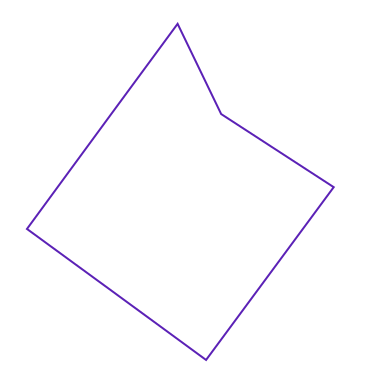 Paso de los Indios, Chubut, Argentina (Albers equal-area conic projection), rotated 126°
{"feature_id": "61730980B85851407891039", "entity_name": "Paso de los Indios", "entity_type": "district", "adm_level": 2, "iso_a3": "ARG", "parent_name": "Argentina", "parent_adm1": "Chubut", "projection": "albers", "projection_center": [-68.882, -44.01], "detail": "fine", "context": "isolated", "style": "outline", "palette": "violet", "viewbox_px": 384, "rotation_deg": 126, "n_neighbors": 0, "source": "geoboundaries", "source_scale": "gbopen_adm2", "svg_char_len": 316}
<svg xmlns="http://www.w3.org/2000/svg" viewBox="0 0 384 384"><g transform="rotate(126 192 192)"><path d="M64.4,302.5L98.6,302.7L163.5,303.1L182.4,303.2L245.8,303.5L318.9,303.8L319.2,189.8L319.6,84.0L319.6,81.9L104.8,80.2L108.7,154.8L111.8,214.2L64.4,302.5Z" fill="none" stroke="#5b21b6" stroke-width="2"/></g></svg>